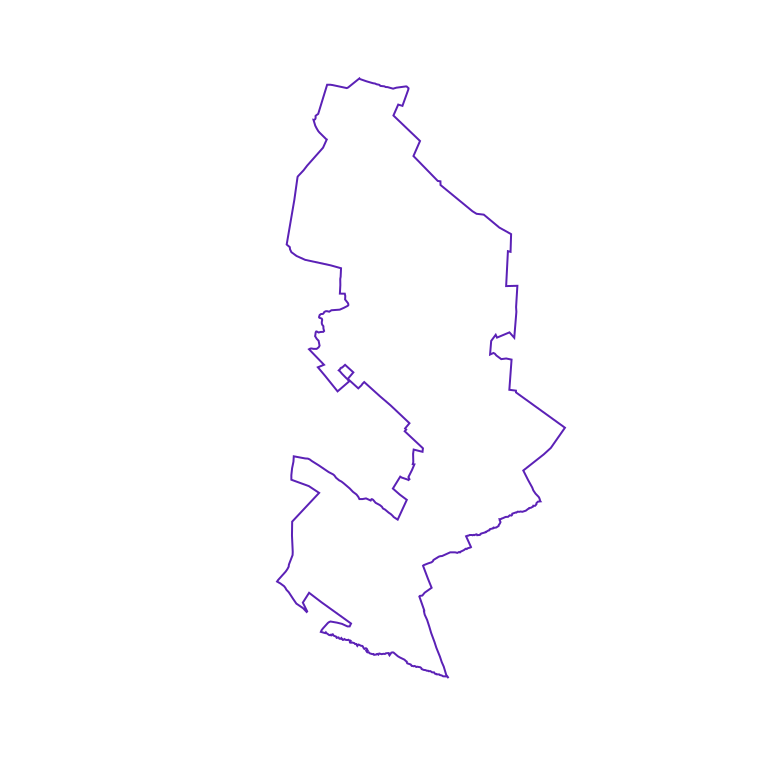 Hlipiceni, Botosani, Romania (Mercator projection), rotated 320°
{"feature_id": "2599482B72423078179164", "entity_name": "Hlipiceni", "entity_type": "district", "adm_level": 2, "iso_a3": "ROU", "parent_name": "Romania", "parent_adm1": "Botosani", "projection": "mercator", "projection_center": [27.104, 47.59], "detail": "fine", "context": "isolated", "style": "outline", "palette": "violet", "viewbox_px": 768, "rotation_deg": 320, "n_neighbors": 0, "source": "geoboundaries", "source_scale": "gbopen_adm2", "svg_char_len": 6166}
<svg xmlns="http://www.w3.org/2000/svg" viewBox="0 0 768 768"><g transform="rotate(320 384 384)"><path d="M244.4,649.8L244.5,649.8L244.7,646.8L248.1,638.9L249.5,634.1L251.6,628.8L254.6,619.6L256.8,614.2L260.1,605.0L262.6,599.3L265.4,592.4L266.9,586.9L268.6,583.6L269.0,583.7L269.3,583.3L274.5,569.5L275.3,569.4L277.4,570.7L281.0,570.0L289.5,570.7L292.5,561.4L297.1,548.3L298.0,548.3L302.8,549.9L305.7,551.1L307.4,551.2L308.8,550.6L315.0,551.5L316.5,552.1L317.9,553.1L326.5,555.5L330.5,558.9L331.6,560.5L333.4,560.9L333.9,561.8L334.2,561.9L334.6,561.6L338.4,562.6L340.6,562.7L341.1,563.0L341.3,563.6L342.7,563.7L345.4,564.9L345.8,564.9L349.0,553.4L350.5,553.9L350.9,554.3L352.7,554.8L354.4,556.3L354.6,556.8L355.8,557.3L356.0,557.8L358.1,558.5L358.4,559.0L358.2,559.7L360.4,561.2L361.3,561.2L361.6,560.9L362.3,561.0L366.5,562.9L366.8,563.0L367.0,562.7L367.7,563.0L369.3,563.2L370.7,563.8L371.1,563.4L372.0,563.3L374.7,564.7L375.1,564.8L375.3,564.4L375.6,564.4L375.8,564.9L377.8,566.1L380.6,566.4L381.5,565.7L382.6,565.5L384.3,564.8L384.6,564.4L385.1,562.6L385.6,562.5L385.7,561.9L386.7,562.6L387.7,562.7L388.2,563.0L391.7,564.0L393.7,565.5L395.9,565.4L397.1,566.7L397.9,566.6L398.9,565.8L402.6,567.2L402.8,567.6L404.3,567.7L405.5,568.9L406.7,569.5L407.8,570.8L411.2,572.2L414.0,572.3L414.9,572.6L415.5,572.3L416.9,573.2L419.4,573.7L420.1,573.2L421.4,574.4L421.8,574.4L423.4,574.1L423.5,573.8L424.4,573.2L426.4,573.1L428.3,574.4L428.3,573.9L428.6,573.8L429.6,571.4L429.9,570.0L429.6,565.4L430.0,561.5L431.0,558.6L432.7,550.0L435.1,539.8L461.1,540.6L470.7,540.2L494.5,533.8L479.7,475.3L480.8,473.9L476.3,469.0L497.4,447.3L494.0,443.0L489.8,440.3L488.4,434.4L488.4,432.1L487.8,430.6L484.2,429.6L493.8,419.9L501.2,418.1L500.4,421.1L513.3,425.1L513.5,432.3L531.8,413.8L534.6,410.0L549.3,394.5L540.5,387.5L564.3,361.9L565.9,364.1L577.7,350.9L572.9,338.3L569.3,318.4L564.3,313.1L562.8,308.5L555.2,267.9L557.5,265.0L555.7,263.0L553.1,228.3L567.8,221.0L563.8,184.4L574.5,179.1L576.9,182.8L592.0,174.0L592.9,173.2L592.6,170.7L592.2,170.2L584.0,165.0L580.8,163.6L577.5,158.8L576.2,157.6L575.6,156.2L573.0,153.5L572.8,153.2L572.8,152.1L572.5,151.5L570.9,149.5L570.3,148.1L568.9,146.5L565.1,140.8L561.7,135.1L561.5,134.6L561.6,134.1L547.1,133.8L545.7,133.4L536.8,122.0L535.2,120.2L532.8,118.2L507.2,134.8L505.0,134.6L503.8,134.7L502.6,136.3L501.5,136.9L500.2,136.8L499.8,136.3L497.4,141.9L496.7,144.9L496.2,148.0L496.2,149.8L497.1,159.5L497.3,159.9L489.2,163.8L465.6,167.3L459.7,168.6L452.0,169.5L450.9,169.8L433.8,185.2L399.1,214.6L399.8,218.6L398.6,220.4L397.8,223.5L399.3,229.7L403.4,238.2L419.4,258.8L425.5,267.7L419.7,274.0L418.0,275.4L414.1,280.2L408.3,286.4L412.0,289.6L410.9,291.7L408.5,294.3L408.4,298.7L408.0,299.9L407.3,300.7L406.4,300.8L402.0,299.8L397.9,298.6L391.1,293.7L388.5,293.4L387.1,291.5L385.9,290.7L384.3,290.5L383.2,291.0L382.2,291.0L380.7,289.9L379.1,289.8L377.2,291.0L377.1,291.8L378.3,293.8L378.2,294.5L377.8,295.2L376.1,296.6L375.2,297.8L374.8,298.9L374.7,300.8L373.3,302.5L372.2,304.9L371.0,305.0L368.9,303.4L367.0,302.5L366.2,300.5L365.8,300.2L364.9,300.5L362.6,302.6L362.0,303.0L361.5,306.1L361.7,308.8L359.3,313.2L358.1,313.7L357.1,313.9L355.0,313.8L352.7,311.9L351.2,310.1L350.3,309.5L348.9,309.2L350.4,330.7L344.1,328.7L344.1,339.9L343.7,359.8L359.0,359.6L359.1,356.4L358.9,355.5L358.4,349.1L358.4,345.7L358.1,344.5L360.5,344.3L360.8,344.0L362.0,344.1L362.5,344.5L366.5,344.3L368.0,355.4L359.6,356.8L361.5,370.8L365.9,370.5L367.7,370.0L370.1,369.8L373.0,390.7L375.3,404.6L378.3,430.4L371.6,431.6L371.7,433.2L369.5,433.5L372.5,458.3L369.9,460.7L364.6,453.3L361.4,456.2L356.2,462.7L354.5,463.9L355.6,465.1L350.1,467.9L342.9,471.0L342.3,473.3L341.0,473.3L340.8,472.6L337.4,467.0L336.9,465.4L323.6,469.8L325.0,478.9L327.0,487.4L307.3,496.7L305.9,492.1L305.9,490.5L305.6,488.0L304.9,485.6L304.1,480.9L303.2,478.7L303.5,476.6L303.0,474.1L301.2,469.6L301.2,465.7L300.7,464.4L300.3,464.2L298.9,464.7L296.7,460.1L293.7,458.4L291.2,456.3L291.8,453.8L291.9,450.9L290.9,446.6L290.6,442.0L289.3,434.2L288.7,431.4L287.7,428.9L287.0,425.0L287.2,422.1L286.9,420.5L285.0,415.9L281.7,404.3L279.2,396.6L278.6,394.0L277.7,392.2L275.8,390.4L268.4,381.4L264.7,385.3L259.4,389.5L254.4,394.3L251.5,397.8L260.8,413.9L264.3,425.7L225.2,430.4L216.2,440.8L206.2,453.9L204.0,456.3L195.1,461.2L193.5,462.7L191.0,463.7L188.1,464.5L176.8,466.1L175.1,466.6L176.4,470.1L177.5,474.7L177.4,476.9L177.0,478.8L177.2,482.3L176.2,490.6L175.7,495.9L177.9,503.7L178.2,508.9L179.0,508.8L181.3,499.3L192.4,495.8L195.8,511.0L204.8,546.3L201.9,547.6L200.2,546.2L197.6,540.7L194.6,536.6L190.3,531.5L188.4,531.0L187.2,531.0L180.1,532.0L177.9,532.5L176.3,533.3L178.9,537.1L179.8,536.9L179.7,537.7L180.3,539.6L180.4,540.5L181.2,541.8L181.9,541.8L182.3,542.8L183.4,542.5L183.9,542.8L183.9,543.2L183.7,543.7L183.7,544.4L185.0,546.9L184.6,547.7L184.6,548.1L186.2,548.8L186.3,549.1L186.1,550.2L186.5,551.0L188.0,551.2L187.7,551.9L187.7,552.3L188.1,552.6L188.0,553.6L188.7,554.0L189.7,553.9L190.2,555.4L191.4,556.6L192.3,557.0L192.6,558.3L193.3,558.9L193.4,559.4L192.4,559.9L191.9,559.9L191.8,560.2L192.3,560.9L193.8,561.9L194.1,562.6L194.7,563.4L194.7,564.6L195.7,565.4L195.7,566.0L195.3,566.6L195.2,567.5L196.5,567.2L197.1,567.3L198.1,569.7L199.0,570.7L199.1,571.2L198.7,573.1L198.6,574.1L198.9,574.6L199.9,574.6L200.3,574.8L200.6,575.9L200.3,576.8L200.2,577.5L198.9,577.0L198.7,578.4L198.8,578.9L199.9,579.7L199.9,581.0L200.3,581.7L201.5,583.5L202.4,584.1L202.3,585.1L204.3,586.3L204.8,586.2L205.4,586.5L205.7,587.7L207.1,587.4L208.6,589.5L210.0,590.2L211.2,591.4L212.3,591.5L214.5,593.0L214.7,593.4L213.9,594.6L213.8,595.4L217.0,594.5L218.3,595.3L218.7,595.9L219.6,601.4L220.4,603.7L222.5,608.4L222.6,609.9L223.0,611.3L222.4,612.1L222.3,613.0L224.1,615.9L224.2,616.3L224.0,617.1L224.1,617.9L224.6,618.2L225.3,619.3L226.2,619.7L226.7,620.8L226.8,621.5L227.8,622.0L229.7,624.3L229.9,625.1L229.9,626.1L229.6,626.6L230.7,628.6L231.9,629.9L232.6,631.3L233.4,631.9L233.6,632.7L235.0,633.8L235.5,635.8L237.0,637.1L236.8,638.3L237.0,639.0L237.7,639.7L237.6,640.1L239.7,642.1L239.7,642.8L240.9,644.4L241.4,645.9L244.2,648.5L244.4,649.0L244.4,649.8Z" fill="none" stroke="#5b21b6" stroke-width="2"/></g></svg>